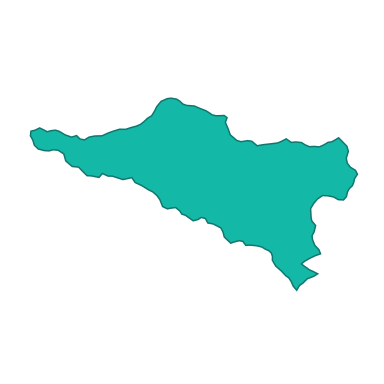 Floreal, São Paulo, Brazil (orthographic projection), rotated 273°
{"feature_id": "56859067B4851192161748", "entity_name": "Floreal", "entity_type": "district", "adm_level": 2, "iso_a3": "BRA", "parent_name": "Brazil", "parent_adm1": "São Paulo", "projection": "orthographic", "projection_center": [-50.158, -20.647], "detail": "fine", "context": "isolated", "style": "filled", "palette": "teal", "viewbox_px": 384, "rotation_deg": 273, "n_neighbors": 0, "source": "geoboundaries", "source_scale": "gbopen_adm2", "svg_char_len": 2273}
<svg xmlns="http://www.w3.org/2000/svg" viewBox="0 0 384 384"><g transform="rotate(273 192 192)"><path d="M248.0,36.5L245.5,32.1L244.3,28.0L239.6,27.7L235.8,30.2L230.5,32.1L226.9,36.2L225.6,42.5L225.6,47.2L226.9,51.0L226.7,56.1L223.3,62.0L216.4,64.3L211.2,71.0L210.9,77.5L206.5,82.1L202.8,86.4L202.8,91.0L201.7,98.4L205.8,101.5L203.5,107.3L203.7,111.5L200.8,122.4L203.2,131.2L198.5,134.7L195.8,141.4L191.9,148.5L190.0,152.9L186.5,157.3L182.5,160.4L175.9,163.4L173.9,168.4L174.8,171.9L175.6,176.5L172.5,180.7L169.4,183.0L168.4,186.7L166.5,189.7L163.3,194.7L164.8,199.4L167.1,202.6L166.2,206.8L161.9,209.4L161.2,214.8L157.6,222.7L153.8,225.0L148.7,226.6L146.3,229.4L142.9,233.4L144.3,236.7L145.8,241.5L145.4,245.3L141.5,248.5L142.0,252.4L141.7,259.5L140.7,264.7L138.7,268.3L137.5,271.6L135.4,274.3L131.9,275.7L128.2,275.8L125.3,277.6L122.3,279.6L117.6,285.6L113.3,290.0L111.4,293.1L107.7,295.8L103.1,298.1L99.4,301.7L104.2,304.2L106.8,307.5L111.4,311.7L114.2,318.0L116.9,321.8L118.9,317.3L120.5,313.2L123.9,307.9L125.9,305.0L128.8,308.2L131.9,313.0L134.9,318.5L137.0,323.6L141.1,321.7L145.2,317.4L150.8,314.8L154.7,314.2L158.7,316.1L165.0,317.2L169.3,313.2L172.5,312.3L181.6,311.3L186.7,314.0L191.5,317.6L195.3,322.6L195.3,328.0L194.4,333.8L192.0,338.5L192.0,343.7L195.4,346.4L200.3,347.3L203.7,349.0L206.5,351.7L209.6,352.9L213.9,353.7L218.4,356.3L222.2,354.1L225.0,348.9L228.8,345.6L233.8,344.3L240.8,346.0L245.8,344.3L253.8,335.6L251.6,332.4L249.4,328.9L248.7,325.3L246.0,321.3L243.7,316.8L243.9,311.7L243.4,306.7L245.1,302.3L247.1,298.8L247.4,293.1L246.7,288.6L250.0,283.3L247.6,279.3L245.5,275.2L244.1,267.4L243.0,260.7L241.6,254.6L245.8,249.1L246.2,244.9L244.8,238.4L245.7,234.2L251.1,227.2L256.9,224.8L263.2,221.7L268.1,223.1L270.1,220.1L269.7,216.4L269.4,212.0L270.1,208.1L272.0,205.0L273.7,202.0L276.5,193.8L278.0,189.9L278.2,182.0L279.4,178.2L282.1,175.0L283.9,171.9L284.6,166.2L283.9,162.3L280.9,156.4L275.5,152.4L270.7,150.3L266.0,147.7L263.3,143.7L259.7,140.3L256.8,137.0L254.7,132.6L253.1,127.6L251.1,122.4L250.9,116.5L248.9,110.9L246.6,105.4L243.4,99.2L242.8,91.8L241.4,86.3L238.4,81.9L239.1,77.3L242.3,73.8L240.5,68.9L242.4,62.3L245.7,56.1L246.6,52.4L245.9,48.1L244.6,44.2L246.1,41.0L248.0,36.5Z" fill="#14b8a6" stroke="#0f766e" stroke-width="1.5"/></g></svg>